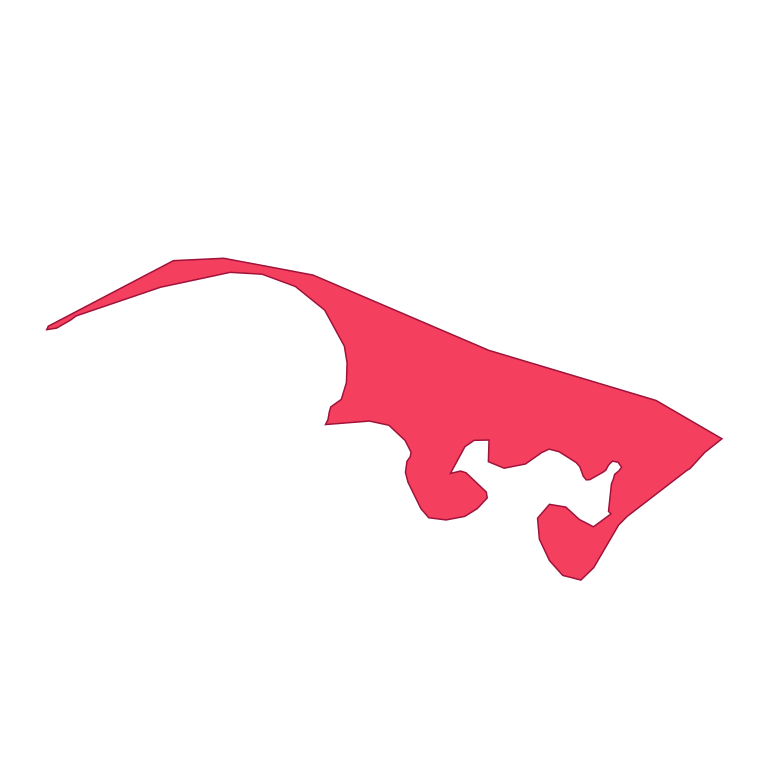 map outline of `Adan (Equal Earth projection), rotated 36°
{"feature_id": "YEM-3510", "entity_name": "`Adan", "entity_type": "Governorate", "adm_level": 1, "iso_a3": "YEM", "parent_name": "Yemen", "parent_adm1": "", "projection": "equal_earth", "projection_center": [44.861, 12.797], "detail": "fine", "context": "isolated", "style": "filled", "palette": "rose", "viewbox_px": 768, "rotation_deg": 36, "n_neighbors": 0, "source": "natural_earth", "source_scale": "10m", "svg_char_len": 1184}
<svg xmlns="http://www.w3.org/2000/svg" viewBox="0 0 768 768"><g transform="rotate(36 384 384)"><path d="M689.6,229.7L683.7,250.8L681.3,272.4L679.8,275.9L658.6,348.0L656.7,360.1L661.6,409.3L658.5,426.9L641.1,433.8L621.7,429.6L600.9,418.2L587.1,402.3L588.6,384.1L603.4,376.7L621.7,378.8L637.4,376.4L644.0,355.6L640.5,355.1L626.7,331.1L625.5,326.2L623.7,321.5L625.1,316.1L625.1,311.6L619.3,309.7L614.1,312.2L613.3,317.6L614.1,323.2L613.2,326.2L606.8,340.3L604.0,342.7L599.4,341.5L591.0,335.8L585.5,334.6L565.3,335.9L555.8,339.7L551.8,346.9L545.5,365.5L530.7,381.5L514.1,385.5L501.9,367.6L490.0,376.6L486.3,387.1L490.3,417.3L497.1,409.4L502.5,407.6L530.3,411.3L534.5,415.5L532.7,430.0L527.1,443.7L514.1,457.5L498.8,465.9L487.1,463.1L461.2,449.4L453.3,442.9L448.0,433.0L448.0,427.4L445.9,423.2L434.3,417.3L412.2,414.5L393.9,422.6L360.5,451.2L359.6,445.7L356.1,438.6L354.4,433.8L358.5,421.5L352.8,405.0L341.7,388.6L329.7,376.7L292.6,359.1L255.0,357.2L220.9,366.8L193.9,384.1L146.2,437.2L94.9,509.9L92.9,516.4L86.3,531.2L79.2,538.3L78.4,534.5L78.9,533.6L141.1,408.0L180.4,376.5L262.5,337.6L448.9,295.2L613.8,237.4L689.6,229.7Z" fill="#f43f5e" stroke="#9f1239" stroke-width="1.5"/></g></svg>